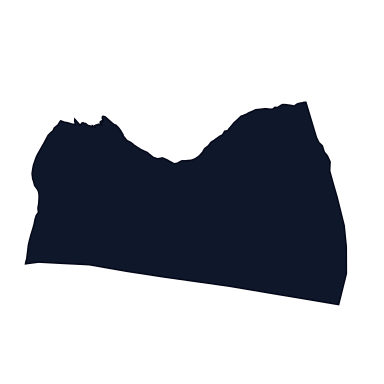 outline of Ataqa, As Suways, Egypt, rotated 275°
{"feature_id": "37247803B89602955599025", "entity_name": "Ataqa", "entity_type": "district", "adm_level": 2, "iso_a3": "EGY", "parent_name": "Egypt", "parent_adm1": "As Suways", "projection": "robinson", "projection_center": [32.387, 29.537], "detail": "fine", "context": "isolated", "style": "filled", "palette": "ink", "viewbox_px": 384, "rotation_deg": 275, "n_neighbors": 0, "source": "geoboundaries", "source_scale": "gbopen_adm2", "svg_char_len": 3735}
<svg xmlns="http://www.w3.org/2000/svg" viewBox="0 0 384 384"><g transform="rotate(275 192 192)"><path d="M254.3,68.9L252.5,68.9L250.0,69.7L249.0,69.8L249.2,66.0L249.5,65.2L250.2,61.7L250.4,58.8L251.5,55.0L250.0,54.0L247.5,52.9L245.5,51.0L243.8,49.2L241.0,48.3L238.5,45.9L235.8,43.7L231.1,41.7L227.3,40.1L224.4,38.7L220.4,36.9L216.3,35.0L213.2,33.8L209.3,32.8L204.8,31.7L200.5,31.3L196.3,31.1L191.1,32.2L188.9,33.2L186.9,33.9L184.7,34.7L182.9,36.3L180.9,38.0L179.0,39.1L175.8,39.9L172.1,40.2L167.1,40.3L162.5,39.9L158.3,40.8L155.1,38.9L150.9,38.0L146.0,37.5L140.9,36.5L135.2,35.3L131.3,34.6L128.2,34.1L124.4,33.6L119.7,33.5L115.1,33.3L111.1,33.2L107.7,32.5L105.9,32.4L106.4,34.5L108.8,45.3L109.6,69.2L110.1,82.2L110.6,95.9L110.6,96.0L108.7,117.7L108.3,122.7L108.1,124.8L107.9,126.9L107.2,135.4L104.8,172.6L102.9,208.9L101.5,235.8L97.5,285.9L92.6,347.9L124.2,352.9L150.7,350.5L171.9,346.5L199.5,337.0L213.0,331.8L225.1,327.3L233.4,327.0L234.2,326.9L236.3,325.7L239.7,323.8L241.8,321.8L243.3,320.3L249.4,317.8L252.3,314.1L257.2,311.2L291.4,297.6L290.9,295.0L290.5,294.5L289.9,291.8L289.0,289.3L288.4,288.6L287.6,287.5L286.9,287.1L286.6,286.3L286.6,285.3L286.7,284.6L286.9,283.4L287.1,279.6L287.2,277.2L287.0,274.6L286.1,273.0L285.6,272.5L284.8,271.3L283.7,270.1L283.6,268.7L283.6,267.2L282.5,266.1L281.7,265.4L281.3,263.0L281.3,261.5L281.4,260.1L281.4,259.6L281.4,257.7L280.6,254.1L280.0,250.9L279.5,248.3L278.6,246.7L277.5,244.9L276.1,242.1L274.8,240.1L274.1,239.4L273.5,237.7L272.6,236.4L271.9,234.4L268.4,231.3L266.8,229.9L264.8,227.9L261.0,225.4L258.0,223.2L256.8,222.8L255.5,220.2L255.6,219.5L255.1,219.1L254.2,218.7L252.2,217.7L251.9,217.5L251.2,217.0L250.8,216.2L250.3,215.3L249.6,214.3L249.2,213.9L248.3,212.9L246.5,210.7L245.3,209.5L244.3,208.0L243.9,207.4L243.6,207.1L242.7,206.2L241.0,205.3L239.1,203.9L236.6,201.1L234.4,199.8L233.0,199.4L228.6,196.1L226.5,193.7L225.4,192.2L224.5,190.6L223.9,189.2L223.6,188.5L223.6,188.4L223.2,186.5L223.0,185.4L223.0,185.0L222.9,184.5L222.8,184.3L222.7,183.7L222.5,182.7L222.5,182.3L222.4,182.2L222.4,181.9L222.3,180.6L222.2,179.8L222.2,179.2L221.8,178.5L221.7,178.4L221.5,178.1L221.0,177.2L220.9,177.0L220.8,176.9L220.5,176.5L220.4,176.4L220.2,176.2L219.8,175.7L219.7,175.5L219.5,174.9L219.3,174.4L219.1,174.0L219.1,173.8L218.9,173.2L218.5,171.9L219.1,170.5L219.3,169.9L219.9,168.7L220.0,168.5L220.1,168.2L220.7,166.8L220.9,166.3L221.4,165.3L221.9,164.2L222.1,163.5L222.3,163.0L222.6,162.1L222.7,161.8L222.9,161.2L223.1,160.7L223.4,159.8L223.3,159.2L222.8,157.5L222.1,155.0L222.1,154.8L222.8,151.7L223.1,150.4L223.9,149.2L224.6,148.2L226.3,145.6L227.4,144.1L227.7,143.4L227.8,143.1L228.1,142.2L228.6,140.7L229.3,138.9L229.6,137.8L229.8,137.5L229.9,137.3L230.3,136.4L231.2,134.8L231.9,133.3L232.1,133.0L232.3,132.7L232.4,132.4L232.7,131.9L233.2,131.0L233.2,130.9L233.3,130.7L233.5,130.3L233.7,129.9L233.9,129.8L234.1,129.6L234.4,129.3L234.4,129.2L234.6,128.9L234.7,128.7L235.3,127.8L235.8,127.1L236.0,126.7L236.3,126.0L236.9,124.5L237.4,123.2L237.5,123.0L237.6,122.8L238.0,122.3L238.0,122.2L238.5,121.8L238.7,121.6L239.3,121.1L239.8,120.6L240.3,120.1L240.6,119.8L240.8,119.6L241.0,119.4L241.5,118.9L241.7,118.6L241.9,118.5L242.0,118.3L242.7,118.5L247.0,115.5L249.6,113.2L252.1,110.2L252.1,109.0L253.9,106.2L257.8,101.0L259.4,98.8L259.5,97.9L259.7,96.9L259.5,96.4L258.6,96.1L257.4,96.3L255.1,97.4L254.7,96.7L255.2,96.2L254.8,95.7L254.3,94.9L253.5,94.4L252.6,95.2L251.4,96.3L250.9,95.8L251.1,95.0L251.5,94.3L251.5,94.0L251.5,93.5L251.0,92.2L250.0,89.9L249.2,89.0L248.4,89.4L248.6,88.6L249.4,87.0L248.2,87.0L248.6,86.5L249.3,82.3L251.0,80.1L250.9,78.4L251.5,77.7L251.2,76.4L250.8,76.2L250.3,75.9L248.9,74.6L250.1,73.3L254.3,68.9Z" fill="#0f172a" stroke="#020617" stroke-width="1.5"/></g></svg>